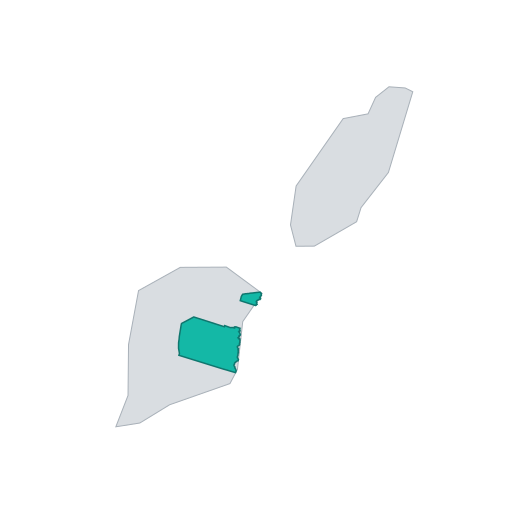 Palauli le Falefa, Palauli, Samoa (highlighted), rotated 287°
{"feature_id": "51752279B50623478209398", "entity_name": "Palauli le Falefa", "entity_type": "district", "adm_level": 2, "iso_a3": "WSM", "parent_name": "Samoa", "parent_adm1": "Palauli", "projection": "robinson", "projection_center": [-172.356, -13.707], "detail": "fine", "context": "in_parent", "style": "filled", "palette": "teal", "viewbox_px": 512, "rotation_deg": 287, "n_neighbors": 0, "source": "geoboundaries", "source_scale": "gbopen_adm2", "svg_char_len": 4527}
<svg xmlns="http://www.w3.org/2000/svg" viewBox="0 0 512 512"><g transform="rotate(287 256 256)"><path d="M188.6,153.8L223.0,186.9L236.7,230.9L221.9,272.9L189.4,262.5L142.1,271.4L126.4,268.4L88.5,216.9L62.3,193.7L51.7,171.9L85.2,174.4L134.0,160.0L188.6,153.8ZM458.9,357.9L374.6,358.2L333.0,342.3L318.2,342.2L282.5,308.9L277.0,291.4L295.8,279.9L334.7,273.9L412.9,299.2L424.7,321.6L442.7,324.0L456.7,333.7L460.3,349.5L458.9,357.9Z" fill="#d9dde1" stroke="#a8b0b8" stroke-width="1"/><path d="M169.7,204.5L168.2,204.6L156.6,206.2L153.8,206.8L150.5,207.3L145.1,208.9L140.4,211.3L138.5,211.3L138.3,257.9L138.4,261.3L138.4,265.0L138.5,270.5L139.4,270.5L139.8,270.6L140.1,270.5L140.3,270.5L140.6,270.5L140.8,270.4L141.1,270.1L141.3,270.0L141.6,269.8L141.8,269.7L142.0,269.4L142.2,269.2L142.5,268.8L142.9,268.5L142.9,268.4L143.2,268.4L143.3,268.3L143.5,268.4L143.8,268.2L144.3,267.4L144.7,267.0L144.9,266.9L145.0,266.8L145.5,266.7L145.7,266.8L145.8,266.8L146.0,266.9L146.3,266.9L146.3,267.0L146.6,267.1L146.9,267.0L147.2,266.9L147.4,266.9L147.6,266.9L147.7,267.0L147.8,267.0L148.0,267.1L148.3,267.3L148.4,267.5L148.6,267.5L148.8,267.8L149.0,267.9L149.2,268.0L149.3,268.0L149.5,268.2L149.6,268.3L149.9,268.5L150.0,268.6L150.2,268.8L150.3,269.0L150.4,268.9L150.5,269.0L150.8,269.3L151.0,269.4L151.0,269.5L151.4,269.5L151.5,269.4L151.9,269.5L152.0,269.4L152.1,269.2L152.5,268.8L152.8,268.4L153.0,268.3L153.0,268.2L153.5,267.9L153.7,267.7L154.5,267.6L155.0,267.6L155.5,267.7L156.0,267.7L156.3,267.6L156.8,267.4L157.0,267.4L157.3,267.3L157.6,267.3L157.8,267.3L158.0,267.4L158.3,267.2L158.4,267.3L158.5,267.2L158.9,267.1L159.1,267.0L159.5,266.9L160.3,266.7L160.6,266.5L160.8,266.5L160.9,266.3L161.2,266.2L161.4,266.3L161.5,266.2L161.6,266.3L161.9,266.3L162.1,266.4L162.3,266.0L162.6,265.6L162.8,265.3L162.9,265.2L163.1,265.2L163.3,264.9L163.7,264.8L163.7,264.7L163.9,264.6L164.1,264.6L164.3,264.7L164.6,265.0L165.0,265.3L165.1,265.6L165.5,265.9L165.9,266.1L166.0,266.0L166.3,266.2L166.5,266.2L166.9,266.1L167.3,265.8L167.7,265.7L167.9,265.7L168.0,265.8L168.4,265.9L168.7,265.8L168.8,265.7L169.0,265.6L169.6,265.5L169.8,265.5L170.1,265.5L170.6,265.3L170.9,265.3L171.0,265.2L171.1,264.9L171.2,264.7L171.3,264.7L171.5,264.5L171.7,264.4L171.8,264.5L171.8,264.4L172.0,264.3L172.0,264.2L172.3,264.0L172.3,263.8L172.3,263.7L172.2,263.8L172.0,263.7L171.9,263.4L172.1,263.2L172.1,263.4L172.2,263.5L172.3,263.5L172.7,263.6L172.8,263.6L173.0,263.4L173.4,263.2L173.7,263.3L174.1,263.5L174.3,263.6L174.7,263.3L174.7,263.2L175.1,263.4L175.3,263.7L175.5,263.8L175.7,264.1L175.8,264.1L176.0,264.1L176.3,264.0L176.6,263.7L176.8,263.7L177.1,263.2L177.5,263.0L177.9,262.8L178.0,262.7L178.1,262.3L178.1,262.2L178.3,262.0L178.6,262.0L179.0,262.2L179.2,262.3L179.2,262.2L179.3,262.3L179.3,262.2L179.4,262.3L179.6,262.2L179.6,262.3L179.9,262.3L180.0,262.4L180.3,262.2L180.4,262.3L180.5,262.2L180.8,262.1L181.3,261.8L181.4,261.7L181.6,261.8L182.0,261.7L182.2,261.8L182.4,257.5L181.9,256.2L181.3,256.6L180.9,256.6L180.7,254.3L180.0,252.3L180.3,246.4L179.1,246.4L179.5,214.3L169.7,204.5ZM208.7,254.0L208.6,257.3L208.5,270.1L208.7,270.3L208.8,270.2L208.9,270.3L209.0,270.4L209.1,270.5L209.4,270.4L209.5,270.6L209.8,270.7L210.0,270.6L210.3,270.7L210.3,270.8L210.4,270.7L210.5,270.8L210.6,270.7L210.8,270.4L211.0,270.4L211.0,270.5L211.4,270.4L211.5,270.4L211.7,270.2L211.9,270.1L211.9,269.9L212.0,269.8L212.2,269.7L212.3,269.9L212.4,269.7L212.5,269.6L212.8,269.6L213.1,269.7L213.6,269.9L213.8,270.0L214.0,270.3L214.0,270.5L214.4,270.7L214.4,270.8L214.5,270.8L214.7,271.0L214.8,271.0L215.0,271.1L215.0,271.3L215.2,271.6L215.3,271.6L215.4,272.1L215.5,272.1L215.7,272.3L215.7,272.5L215.8,272.5L216.0,272.7L216.2,272.8L216.2,272.7L216.3,272.7L216.6,272.6L216.7,272.4L216.8,272.4L217.0,272.2L217.1,271.9L217.3,272.0L217.3,271.9L217.5,272.0L217.5,271.9L217.9,271.8L218.1,271.8L218.3,271.9L218.3,272.1L218.5,272.1L218.9,272.4L219.0,272.4L219.4,272.3L219.5,272.3L219.7,272.5L219.8,272.3L220.1,272.3L220.3,272.4L220.5,272.3L220.8,272.3L221.1,272.2L221.3,272.1L221.6,272.1L221.7,271.7L221.9,271.5L222.0,271.5L222.0,271.4L222.2,271.2L222.3,271.1L222.4,270.9L222.5,270.8L222.6,270.7L222.2,269.4L221.9,268.7L221.4,267.5L221.1,266.7L220.7,266.0L220.6,265.7L220.5,265.4L220.1,264.6L220.0,264.4L219.8,263.9L219.6,263.5L219.1,262.2L218.8,261.4L218.5,260.9L218.2,260.3L217.6,259.3L217.6,259.1L217.6,258.9L217.6,258.7L217.1,257.9L216.9,257.1L216.5,256.4L216.0,255.5L216.0,255.4L215.8,255.0L215.5,254.4L213.1,253.8L208.7,254.0Z" fill="#14b8a6" stroke="#0f766e" stroke-width="1.5"/></g></svg>